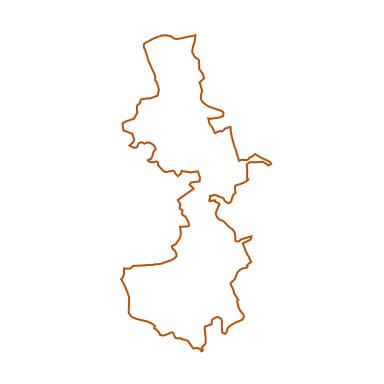 Dikirnis, Ad Daqahliyah, Egypt (Equal Earth projection), rotated 262°
{"feature_id": "37247803B48136170412055", "entity_name": "Dikirnis", "entity_type": "district", "adm_level": 2, "iso_a3": "EGY", "parent_name": "Egypt", "parent_adm1": "Ad Daqahliyah", "projection": "equal_earth", "projection_center": [31.667, 31.093], "detail": "fine", "context": "isolated", "style": "outline", "palette": "amber", "viewbox_px": 384, "rotation_deg": 262, "n_neighbors": 0, "source": "geoboundaries", "source_scale": "gbopen_adm2", "svg_char_len": 5634}
<svg xmlns="http://www.w3.org/2000/svg" viewBox="0 0 384 384"><g transform="rotate(262 192 192)"><path d="M346.7,217.3L346.7,215.2L346.4,214.4L346.4,212.8L346.4,210.8L346.1,208.0L345.5,199.6L345.8,197.3L346.9,194.9L348.9,193.3L350.7,188.5L351.1,183.7L349.7,176.5L346.3,167.0L345.7,165.3L343.6,164.5L340.5,164.8L339.5,165.2L337.7,165.6L335.7,166.0L335.0,166.0L332.2,166.7L330.5,166.7L327.7,167.2L324.6,168.2L320.1,169.3L318.6,169.8L315.3,170.9L311.5,171.6L308.4,171.2L307.4,171.2L306.7,171.6L305.7,172.4L298.1,173.5L296.9,173.0L294.6,172.2L292.2,171.4L290.5,163.4L290.9,160.6L290.9,158.2L290.9,156.2L290.6,154.2L289.6,153.8L286.8,152.5L285.8,150.1L283.7,149.3L281.3,148.9L278.2,148.8L272.7,144.8L271.1,136.4L270.0,133.5L269.7,132.8L268.7,132.7L265.2,132.7L263.2,132.7L262.4,132.7L261.3,135.0L257.9,141.0L251.6,142.1L249.3,140.4L246.8,136.5L245.3,138.6L244.9,139.2L243.8,140.8L243.8,142.5L243.8,143.2L244.5,144.0L245.5,144.8L246.9,145.6L247.9,146.1L248.2,149.3L246.5,151.6L247.2,154.8L246.8,156.4L246.8,156.8L244.4,160.0L240.9,161.9L240.1,161.9L239.2,161.9L238.9,161.1L237.2,159.5L233.4,157.9L230.6,156.2L230.3,155.0L230.1,154.4L229.6,152.6L229.3,152.6L227.3,155.0L227.3,155.4L226.8,158.6L227.2,161.0L226.8,161.0L226.5,161.8L225.4,162.6L224.4,162.5L223.4,162.1L222.3,162.9L221.3,163.3L220.9,163.6L219.9,164.5L218.5,165.3L216.8,166.8L215.4,168.4L215.7,176.8L214.3,177.6L212.6,178.0L209.5,180.3L212.2,184.0L214.3,184.4L211.5,193.9L211.8,198.7L211.5,200.7L209.0,201.1L208.5,201.2L205.2,201.9L201.5,201.0L201.5,199.4L201.5,195.0L201.5,193.4L201.5,192.2L199.4,190.6L198.8,191.0L197.7,192.2L195.0,194.1L194.6,193.3L186.1,176.9L185.8,177.0L181.2,178.8L179.9,178.4L178.8,177.6L176.8,177.9L176.4,178.3L175.4,179.9L174.3,179.9L173.3,179.5L172.6,179.1L171.3,179.1L170.2,179.9L168.5,182.2L166.8,182.8L165.0,183.4L163.3,184.2L160.2,184.5L158.8,184.1L158.5,183.3L158.8,179.3L159.2,176.1L159.2,175.3L157.8,175.3L155.8,175.3L154.4,175.3L151.3,174.9L149.2,174.0L147.5,173.2L145.1,170.8L143.0,169.2L142.0,167.2L141.7,166.0L141.7,165.2L141.0,164.4L138.9,164.7L136.9,166.3L135.8,167.1L133.1,167.9L130.6,167.8L128.9,165.8L127.9,163.4L126.9,160.2L126.6,157.8L126.4,156.8L126.2,155.8L125.2,151.4L125.2,147.8L125.4,146.6L125.6,145.0L125.2,143.8L125.6,141.0L125.8,138.2L126.0,134.6L126.0,134.2L126.8,125.8L127.1,123.5L125.7,121.8L124.7,119.8L125.7,114.1L124.0,113.8L120.6,113.3L120.2,113.2L117.0,111.5L116.1,110.9L115.5,109.7L111.6,111.3L106.7,112.8L101.9,114.0L96.7,115.1L91.6,114.3L81.2,112.5L78.1,114.0L77.1,114.5L74.3,118.9L72.5,123.2L69.7,130.4L66.6,134.8L64.5,136.7L64.2,136.3L62.8,135.9L62.4,135.6L62.1,135.9L60.7,137.5L59.0,138.7L58.0,139.5L56.2,140.2L54.8,140.6L54.3,142.1L54.1,142.6L53.8,144.2L54.8,148.6L55.8,151.8L55.5,153.4L54.8,153.8L53.4,154.2L50.6,155.0L49.6,155.7L48.9,158.1L48.9,160.5L48.2,160.9L47.5,161.7L47.2,162.5L46.8,164.1L45.1,167.3L43.7,168.1L42.4,168.6L42.0,168.8L39.1,170.3L36.8,171.6L36.8,172.0L36.8,173.6L37.1,175.2L35.0,178.4L32.9,179.1L33.3,180.3L34.0,180.8L35.7,180.8L36.7,180.0L37.4,180.8L38.8,183.2L39.8,184.0L41.5,184.8L42.9,184.8L46.0,185.3L55.3,185.5L57.1,186.2L57.1,187.8L58.4,193.0L62.2,193.8L63.6,195.9L64.6,198.3L64.6,198.8L64.6,200.3L62.9,203.0L60.1,203.8L58.5,203.5L56.0,203.0L52.9,202.5L48.4,202.5L47.7,203.8L47.0,205.3L48.7,206.9L49.7,207.3L52.5,208.5L54.6,211.7L56.3,215.8L56.9,217.8L57.3,219.8L58.6,224.2L61.4,226.2L63.5,225.8L64.0,225.5L65.2,224.6L67.3,223.5L69.0,222.7L72.1,221.9L76.2,221.6L77.2,221.6L78.0,221.6L79.0,222.4L79.0,222.8L82.8,221.0L85.6,219.7L89.4,219.3L95.6,217.4L96.3,217.4L96.9,218.3L97.3,219.0L100.1,222.6L106.2,225.9L107.7,228.0L108.0,228.3L108.3,228.9L109.0,230.3L109.2,232.3L109.6,236.3L110.7,236.7L111.7,236.3L112.7,237.6L113.3,238.4L113.8,239.2L114.2,240.8L120.1,239.2L123.3,237.7L131.5,235.8L134.0,235.0L136.3,242.2L136.7,243.4L139.8,244.7L138.1,233.5L136.7,232.2L136.7,229.8L137.4,228.3L138.8,228.3L141.9,228.7L144.7,228.7L146.4,228.4L149.2,227.2L150.9,225.2L154.4,222.1L156.4,220.9L157.8,219.7L158.8,218.8L159.2,218.5L160.3,216.5L160.6,215.7L161.3,214.9L164.1,213.0L166.8,212.7L167.9,212.6L174.4,216.3L175.8,217.5L177.1,217.1L178.2,215.1L179.2,213.6L180.6,213.6L180.6,210.0L180.3,208.8L180.6,208.0L181.7,208.0L182.7,208.8L184.4,209.2L185.5,209.2L185.4,211.2L186.1,212.8L185.1,216.4L184.4,216.8L183.3,219.2L181.6,222.0L180.9,222.4L178.8,223.1L177.5,224.3L176.4,225.5L175.7,227.1L177.1,229.5L182.9,232.0L184.0,233.2L185.2,235.1L188.8,234.9L191.7,235.6L192.2,235.7L192.6,237.3L192.9,239.3L193.2,241.3L194.6,246.5L195.6,248.1L196.0,248.9L196.8,249.5L197.3,248.6L199.8,248.6L203.5,249.4L208.4,249.9L210.4,249.9L211.5,249.9L213.5,253.2L212.8,258.3L212.5,259.1L212.1,264.7L212.1,265.5L212.1,266.3L211.7,266.7L211.0,267.9L209.0,269.9L207.6,271.5L208.9,274.3L210.7,273.5L213.1,270.3L216.9,264.4L219.7,261.2L220.8,259.9L218.3,255.6L218.0,253.6L216.6,252.4L215.9,250.4L216.6,247.6L217.0,246.0L216.7,244.4L216.4,242.9L217.0,242.8L224.9,241.6L227.0,241.3L232.2,240.2L240.8,239.1L246.3,238.8L250.1,239.2L250.9,239.2L251.2,238.4L250.8,237.2L250.5,235.6L250.2,233.6L248.8,232.0L247.8,229.6L248.5,228.4L247.8,225.2L247.1,223.2L247.1,222.8L252.6,221.3L255.4,219.7L257.1,218.9L258.9,218.6L262.6,218.4L262.3,219.0L261.9,221.0L261.9,229.0L262.2,230.6L262.6,231.8L262.9,233.4L266.4,234.2L268.1,232.7L269.8,229.5L274.0,220.8L277.1,217.2L279.9,214.8L283.0,213.7L287.1,214.5L290.6,216.2L299.6,214.7L303.0,220.0L304.2,219.7L307.0,219.3L307.4,219.2L309.7,217.8L313.0,216.3L313.3,216.2L314.6,216.4L317.4,217.0L322.1,217.0L323.2,215.8L325.4,213.5L326.2,213.1L330.6,211.6L333.9,212.6L335.3,213.0L341.0,215.8L341.6,216.0L345.1,216.8L345.7,217.0L346.7,217.3Z" fill="none" stroke="#b45309" stroke-width="2"/></g></svg>